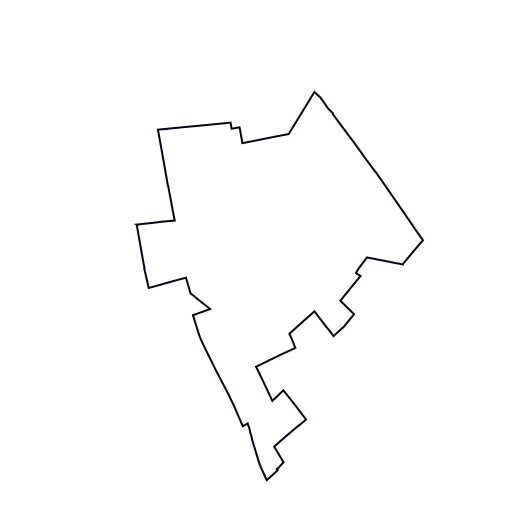 outline of Dudesti, Braila, Romania, rotated 131°
{"feature_id": "2599482B13678396959351", "entity_name": "Dudesti", "entity_type": "district", "adm_level": 2, "iso_a3": "ROU", "parent_name": "Romania", "parent_adm1": "Braila", "projection": "albers", "projection_center": [27.465, 44.874], "detail": "fine", "context": "isolated", "style": "outline", "palette": "ink", "viewbox_px": 512, "rotation_deg": 131, "n_neighbors": 0, "source": "geoboundaries", "source_scale": "gbopen_adm2", "svg_char_len": 2848}
<svg xmlns="http://www.w3.org/2000/svg" viewBox="0 0 512 512"><g transform="rotate(131 256 256)"><path d="M326.9,274.4L326.9,272.9L326.3,260.1L326.1,255.8L328.4,257.1L338.1,262.5L342.0,264.8L342.1,264.7L350.8,250.5L354.1,245.1L356.9,239.0L359.1,233.8L364.0,222.2L368.6,211.2L378.5,186.0L384.1,173.1L384.3,172.7L390.4,160.0L390.6,159.6L393.1,154.3L388.5,152.7L387.8,152.4L388.4,151.6L390.4,148.1L391.2,146.8L393.0,144.6L394.5,142.0L396.3,139.5L397.7,137.6L398.9,135.7L401.4,131.7L403.8,127.9L404.9,126.2L406.1,124.2L407.4,122.2L410.1,117.9L411.1,115.9L412.9,112.4L415.9,105.7L416.6,104.3L418.0,101.3L418.1,100.9L417.0,100.7L413.3,100.2L413.0,100.2L404.2,99.2L403.6,99.1L403.3,100.0L403.2,100.5L401.9,100.1L393.6,99.9L387.9,117.3L380.7,116.3L373.4,115.3L372.6,115.2L371.9,115.1L362.9,113.7L346.6,110.9L346.5,111.3L345.3,117.2L343.1,127.7L339.6,146.1L339.4,147.2L354.6,148.6L347.3,165.2L344.3,172.1L339.5,183.3L314.5,172.7L312.7,171.9L302.5,167.3L302.4,167.2L299.6,166.0L295.1,174.6L292.8,179.8L279.2,178.1L259.4,175.6L260.7,169.6L262.0,163.0L262.0,162.9L263.2,157.3L264.2,151.4L264.7,149.0L265.6,144.9L251.4,143.3L246.3,143.5L235.6,143.8L235.2,150.8L234.8,156.7L234.4,163.0L223.1,163.4L202.6,164.0L203.0,167.3L203.1,167.5L203.2,168.0L203.2,168.5L203.2,169.4L198.5,170.3L184.3,171.3L175.2,155.5L169.1,144.9L168.6,144.1L167.7,142.5L166.4,140.2L166.1,139.6L165.7,139.8L164.6,139.9L150.8,140.2L140.7,140.3L136.2,140.3L134.6,140.3L134.5,140.7L134.2,141.8L132.1,150.5L131.3,153.6L130.5,156.6L128.9,162.7L127.3,168.9L125.7,175.1L124.2,181.0L122.6,187.2L120.8,194.3L118.0,205.1L116.4,211.5L115.8,214.2L113.9,221.5L114.1,221.8L112.3,229.8L109.4,242.4L109.3,242.5L106.9,253.0L106.5,254.7L104.4,264.2L103.8,267.2L102.6,272.6L101.4,278.1L98.9,289.5L98.5,291.0L98.2,291.1L97.9,291.3L97.8,291.6L97.7,291.8L97.7,292.0L97.7,293.3L97.6,296.2L97.5,297.6L97.4,298.0L94.9,308.0L94.2,311.4L93.9,319.3L93.9,319.5L100.1,318.5L105.9,317.5L108.9,317.0L126.6,314.0L134.5,312.7L141.5,311.5L142.4,311.3L143.5,312.1L152.5,319.2L155.5,321.5L163.4,327.6L173.4,335.3L179.6,340.2L179.8,340.4L177.0,343.7L174.7,346.6L173.3,348.3L169.7,352.8L171.2,354.1L174.5,356.7L175.9,357.9L172.0,362.7L174.1,364.6L198.8,388.0L200.3,389.5L208.2,397.0L210.6,399.2L212.9,401.5L217.9,406.2L218.3,406.3L218.6,406.5L218.9,406.6L219.0,406.9L219.0,407.2L221.3,409.4L224.9,412.8L225.0,412.9L240.8,393.2L252.0,379.4L260.5,368.9L261.1,367.8L263.1,365.3L276.0,349.0L282.6,340.6L291.3,349.0L297.9,354.9L310.4,366.5L310.3,366.1L310.4,365.8L310.4,365.6L310.6,365.5L311.1,365.5L311.5,365.5L323.5,350.7L331.4,340.9L335.3,336.0L337.7,333.1L337.6,332.9L338.1,332.3L338.8,332.2L339.8,330.7L342.7,326.7L344.6,324.1L346.9,320.9L348.3,319.0L349.7,317.1L350.5,316.0L327.6,300.9L321.3,296.6L318.3,294.6L324.0,285.8L325.2,284.0L327.1,280.9L327.1,279.2L326.9,274.4Z" fill="none" stroke="#020617" stroke-width="2"/></g></svg>